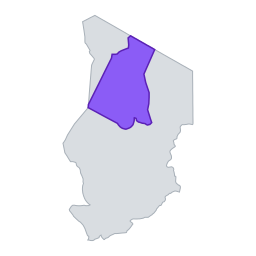 where Borkou sits in Chad
{"feature_id": "TCD-5577", "entity_name": "Borkou", "entity_type": "Préfecture", "adm_level": 1, "iso_a3": "TCD", "parent_name": "Chad", "parent_adm1": "", "projection": "robinson", "projection_center": [18.999, 18.69], "detail": "fine", "context": "in_parent", "style": "filled", "palette": "violet", "viewbox_px": 256, "rotation_deg": 0, "n_neighbors": 0, "source": "natural_earth", "source_scale": "10m", "svg_char_len": 4654}
<svg xmlns="http://www.w3.org/2000/svg" viewBox="0 0 256 256"><path d="M192.6,71.1L192.6,77.4L192.7,83.6L192.7,89.9L192.8,96.2L192.8,102.5L192.9,108.8L192.9,115.1L193.0,121.4L193.0,123.5L192.8,124.3L192.5,124.6L189.6,124.0L188.3,124.0L186.5,124.4L183.9,124.7L182.2,124.6L181.0,125.7L180.1,127.0L180.5,130.1L180.4,131.1L180.1,132.2L179.3,133.1L178.5,133.9L178.0,134.5L177.4,135.9L177.0,136.6L177.0,137.5L176.9,138.4L176.4,138.9L175.2,139.3L174.4,139.7L173.7,140.3L173.3,140.8L173.5,141.5L173.8,142.4L174.0,143.8L174.2,144.6L174.8,145.3L175.1,145.7L175.3,146.3L174.9,146.8L173.4,147.8L172.8,148.2L172.1,148.7L171.9,148.9L170.8,149.9L170.2,150.7L169.9,151.4L170.0,152.4L170.5,153.9L171.1,155.1L171.4,156.1L171.5,157.1L171.5,158.1L171.2,158.9L170.6,159.7L168.5,161.1L167.5,162.7L166.7,164.6L166.5,165.7L166.7,166.4L167.2,166.9L167.8,167.2L168.7,167.3L170.2,167.0L171.6,166.8L173.0,167.5L173.8,169.1L173.5,170.3L174.1,172.4L174.6,175.0L174.5,175.9L174.8,176.2L175.7,176.3L175.9,177.0L175.6,181.5L176.0,182.7L176.7,183.6L177.4,184.1L178.1,184.7L178.4,185.1L179.2,185.2L180.2,186.1L180.4,187.1L180.3,188.2L179.8,190.5L179.4,192.1L178.9,191.9L177.8,191.6L176.5,191.2L174.9,191.0L173.3,191.6L171.7,192.4L171.1,193.0L170.7,193.4L169.9,193.3L169.3,193.4L168.9,194.0L168.3,194.6L165.9,196.0L165.4,196.4L165.1,196.9L165.1,197.4L165.4,198.5L165.4,199.9L164.8,200.9L164.2,201.7L163.5,201.9L162.9,202.1L162.5,202.5L161.3,205.0L160.7,205.5L159.6,205.4L156.5,209.1L156.2,210.2L155.0,211.7L153.6,213.4L152.3,214.2L152.2,214.6L151.8,214.9L151.0,215.3L148.2,217.3L144.9,217.3L143.4,218.1L142.0,218.4L139.9,218.8L139.2,218.8L136.5,219.0L133.4,218.9L132.2,219.2L131.0,220.0L130.2,220.7L130.1,220.9L130.2,221.2L130.2,221.4L132.4,223.1L132.9,224.0L132.4,224.8L132.1,224.9L132.1,225.0L131.7,225.6L130.4,227.5L128.4,229.8L127.4,230.4L127.0,230.9L126.5,232.4L126.2,232.6L124.8,232.8L122.1,233.0L118.4,233.4L116.2,233.6L114.8,233.5L112.8,234.5L112.1,234.8L111.7,234.9L109.8,235.9L108.2,237.4L107.6,237.7L105.4,238.4L104.5,239.5L104.0,239.6L102.6,238.2L101.6,236.9L101.1,235.6L101.1,235.1L100.8,235.2L100.0,235.8L99.3,236.4L99.0,237.7L96.7,238.6L94.7,239.3L93.8,240.2L92.4,240.6L90.6,240.5L89.2,240.1L87.8,240.0L88.5,238.8L88.7,238.0L88.8,236.9L88.7,236.2L87.9,235.9L87.4,235.3L86.2,232.1L85.0,228.7L83.3,225.4L81.5,223.3L80.2,222.0L79.8,221.8L79.1,221.4L78.6,221.0L76.2,218.8L73.6,216.3L73.0,215.1L71.7,213.4L70.3,211.6L69.6,210.8L69.3,209.4L70.2,208.1L71.3,206.4L72.6,205.3L74.2,205.2L77.0,205.7L79.9,205.8L82.8,205.5L83.6,205.3L84.3,205.3L85.9,205.7L88.7,205.6L90.1,204.9L88.6,203.8L86.9,202.0L85.4,200.0L84.5,198.2L83.6,195.9L82.8,193.0L82.4,189.3L82.5,187.2L82.7,185.7L83.5,183.3L83.0,181.9L83.1,180.7L83.1,179.0L82.8,178.1L81.7,175.3L81.5,175.0L80.6,173.0L80.2,169.7L79.1,167.6L77.4,166.5L76.5,165.2L76.1,163.0L75.5,162.4L72.8,161.6L70.5,161.6L68.9,159.1L66.9,155.8L64.9,152.8L63.7,146.7L63.0,143.2L63.8,142.2L65.4,139.7L67.5,135.0L72.1,127.7L74.5,123.9L79.2,118.3L85.0,111.4L88.2,107.6L88.8,100.5L89.3,93.1L89.8,87.4L90.3,80.7L90.8,75.1L91.1,71.1L91.6,65.3L92.0,64.2L94.2,59.7L94.4,59.1L94.0,58.3L90.8,54.5L89.9,53.6L89.3,51.6L90.1,50.5L86.3,44.0L85.4,43.3L85.0,42.5L84.9,41.3L84.9,36.8L83.9,29.8L82.6,21.7L87.1,19.4L90.5,17.6L94.9,15.4L98.9,17.7L104.7,21.0L110.5,24.3L116.4,27.7L122.2,31.0L128.0,34.4L133.9,37.7L139.7,41.0L145.6,44.4L151.4,47.7L157.3,51.0L163.2,54.4L169.0,57.7L174.9,61.0L180.8,64.4L186.7,67.7L192.6,71.1Z" fill="#d9dde1" stroke="#a8b0b8" stroke-width="1"/><path d="M133.8,37.7L135.1,38.4L136.6,39.2L138.1,40.1L139.6,41.0L141.1,41.8L142.6,42.7L144.1,43.5L145.6,44.4L147.1,45.3L148.7,46.1L150.2,47.0L151.7,47.8L153.2,48.7L154.7,49.6L143.9,74.1L145.7,82.5L149.1,92.6L149.1,97.5L148.8,103.8L147.6,109.7L150.6,119.4L151.7,122.6L149.8,124.5L148.7,124.6L148.2,124.9L147.6,125.0L147.3,125.0L146.1,124.4L145.5,123.9L145.3,123.7L144.9,123.6L143.9,123.4L142.2,123.2L141.6,123.0L141.1,122.8L139.6,122.3L138.6,122.1L138.4,122.0L136.8,120.8L136.6,120.6L136.5,120.4L136.3,119.0L136.2,118.7L136.0,118.4L135.9,118.3L135.8,118.2L135.4,118.1L135.2,118.1L134.9,118.1L134.7,118.1L134.5,117.9L134.4,117.8L134.2,117.9L134.3,119.4L134.1,121.1L133.2,124.2L132.8,125.0L132.1,125.8L130.8,127.1L130.2,127.5L129.0,128.1L126.5,129.0L126.2,129.1L125.2,129.1L122.6,128.4L121.8,128.0L120.3,127.0L119.2,125.8L118.1,124.5L117.6,123.5L117.5,123.4L117.3,123.3L102.9,115.6L88.3,107.7L88.1,107.6L88.2,107.1L88.3,106.5L88.3,105.8L88.4,105.2L88.4,104.5L98.1,85.1L104.8,71.5L111.5,58.1L112.1,54.3L115.7,54.3L117.3,53.9L118.8,52.2L121.2,50.8L125.7,49.0L128.4,48.0L128.7,44.8L128.4,41.4L128.1,37.9L130.6,35.8L132.1,36.7L133.6,37.5L133.8,37.7Z" fill="#8b5cf6" stroke="#5b21b6" stroke-width="1.5"/></svg>